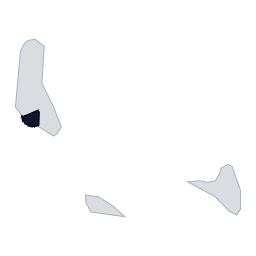 location of Hambou, Andjazîdja, Comoros
{"feature_id": "10938185B8813398551192", "entity_name": "Hambou", "entity_type": "district", "adm_level": 2, "iso_a3": "COM", "parent_name": "Comoros", "parent_adm1": "Andjazîdja", "projection": "orthographic", "projection_center": [43.305, -11.814], "detail": "fine", "context": "in_parent", "style": "filled", "palette": "ink", "viewbox_px": 256, "rotation_deg": 0, "n_neighbors": 0, "source": "geoboundaries", "source_scale": "gbopen_adm2", "svg_char_len": 2561}
<svg xmlns="http://www.w3.org/2000/svg" viewBox="0 0 256 256"><path d="M56.9,133.8L53.6,136.1L37.7,126.0L28.7,123.6L15.4,107.3L20.5,50.6L24.7,43.4L27.9,40.4L35.3,39.3L44.2,46.4L41.9,82.9L53.7,107.4L61.3,126.9L56.9,133.8ZM232.0,166.2L240.6,190.7L240.5,209.1L236.8,214.9L229.0,211.1L214.7,196.4L187.5,181.9L200.1,180.8L207.4,182.3L215.1,181.0L220.0,173.0L221.0,168.2L227.8,164.4L232.0,166.2ZM112.7,205.8L124.9,216.7L91.1,212.1L85.8,202.3L85.5,195.1L98.1,196.7L112.7,205.8Z" fill="#d9dde1" stroke="#a8b0b8" stroke-width="1"/><path d="M39.1,112.1L38.9,111.9L38.8,111.7L38.7,111.7L38.4,111.6L38.2,111.4L38.0,111.2L37.9,111.0L37.9,110.9L37.9,110.7L38.0,110.6L38.0,110.3L26.4,115.3L24.6,115.9L24.1,116.5L21.8,116.0L21.9,116.4L21.8,116.5L22.0,116.6L21.9,116.7L21.9,116.8L22.0,116.9L22.0,117.0L22.3,117.1L22.4,117.3L22.3,117.5L22.2,117.7L22.2,117.8L22.2,118.0L22.3,118.1L22.2,118.1L22.3,118.2L22.3,118.3L22.4,118.5L22.4,118.8L22.5,118.9L22.5,119.0L22.6,119.3L22.8,119.5L22.7,119.6L22.9,119.7L22.8,119.8L22.8,120.0L23.0,120.1L23.0,120.3L23.1,120.2L23.3,120.3L23.2,120.3L23.3,120.3L23.2,120.4L23.3,120.4L23.3,120.5L23.3,120.8L23.3,121.0L23.5,121.1L23.4,121.2L23.5,121.2L23.6,121.3L23.6,121.2L23.6,121.3L23.8,121.5L23.9,121.8L24.0,122.0L24.3,122.3L24.2,122.3L24.3,122.3L24.4,122.5L24.5,122.5L24.7,122.8L24.8,122.8L24.9,123.0L25.0,122.9L25.0,123.0L25.1,122.9L25.1,123.0L25.3,123.0L25.5,123.1L25.4,123.3L25.7,123.3L25.7,123.5L25.8,123.5L25.8,123.8L26.0,123.9L25.9,124.0L26.0,124.1L26.3,124.1L26.4,124.3L26.4,124.2L26.6,124.4L26.8,124.4L27.0,124.4L27.0,124.5L27.3,124.7L27.5,124.8L27.8,124.9L28.0,124.9L28.0,125.0L28.0,124.9L28.0,125.0L28.3,125.2L28.3,125.3L28.4,125.2L28.4,125.3L28.5,125.3L28.5,125.2L28.7,125.3L28.8,125.4L28.8,125.5L28.8,125.4L28.9,125.5L28.9,125.4L29.0,125.4L29.0,125.5L28.9,125.5L29.0,125.6L29.3,125.7L29.4,125.8L29.5,125.8L29.5,125.7L29.5,125.8L29.6,125.7L29.6,125.8L29.8,125.9L29.9,126.0L30.0,126.0L30.3,126.2L30.5,126.0L30.7,125.9L30.8,125.9L31.0,126.0L31.3,126.1L31.5,126.2L31.8,126.3L31.8,126.2L31.9,126.3L32.0,126.3L32.3,126.4L32.3,126.5L32.5,126.3L32.8,126.4L33.0,126.3L33.3,126.3L33.5,126.3L33.8,126.4L34.0,126.3L34.3,126.3L34.3,126.2L34.4,126.3L34.5,126.4L34.8,126.3L34.8,126.2L34.8,126.3L34.9,126.2L34.9,126.3L35.0,126.2L35.4,126.1L35.5,126.1L35.8,126.0L36.0,126.0L36.2,125.9L36.3,125.9L36.5,125.9L36.8,125.8L37.1,125.8L37.2,125.7L37.5,125.8L37.7,125.7L37.7,125.8L37.8,125.8L37.8,125.7L38.0,125.7L38.1,125.8L38.2,125.7L38.3,125.7L38.8,125.1L38.6,124.5L38.7,123.7L38.8,123.4L39.1,112.1Z" fill="#0f172a" stroke="#020617" stroke-width="1.5"/></svg>